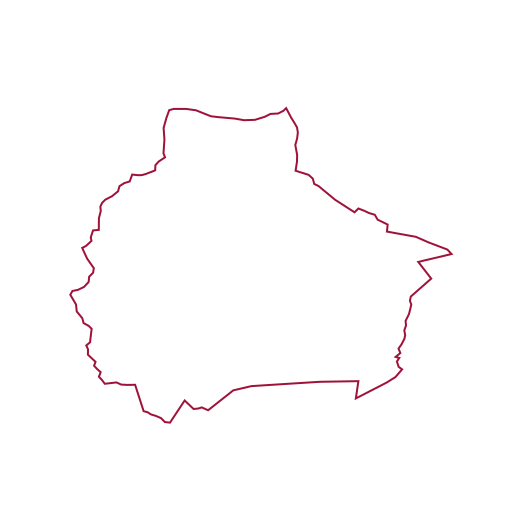 Acari, Rio Grande do Norte, Brazil (Mercator projection), rotated 255°
{"feature_id": "56859067B32204928658001", "entity_name": "Acari", "entity_type": "district", "adm_level": 2, "iso_a3": "BRA", "parent_name": "Brazil", "parent_adm1": "Rio Grande do Norte", "projection": "mercator", "projection_center": [-36.64, -6.424], "detail": "fine", "context": "isolated", "style": "outline", "palette": "rose", "viewbox_px": 512, "rotation_deg": 255, "n_neighbors": 0, "source": "geoboundaries", "source_scale": "gbopen_adm2", "svg_char_len": 1834}
<svg xmlns="http://www.w3.org/2000/svg" viewBox="0 0 512 512"><g transform="rotate(255 256 256)"><path d="M297.2,92.2L286.2,96.2L282.0,94.3L279.2,89.5L274.2,87.6L270.6,81.8L269.4,75.3L269.7,69.6L266.6,66.6L255.8,69.6L248.8,68.5L240.9,72.1L235.8,72.1L231.8,76.3L228.2,78.4L218.8,74.6L215.6,73.4L213.5,68.9L209.4,69.6L204.2,68.1L199.8,70.8L195.3,73.6L191.9,71.2L187.6,73.5L184.0,75.9L180.0,73.0L176.4,75.0L171.7,76.9L170.0,88.5L166.7,92.5L164.8,98.3L162.9,105.9L135.2,107.3L133.1,110.9L130.2,113.5L127.6,117.7L124.0,122.3L119.2,125.0L117.3,129.8L134.9,149.7L130.8,152.2L124.4,156.1L123.6,160.8L123.8,164.4L119.4,169.8L132.1,199.3L131.5,217.9L126.2,244.3L117.9,285.4L108.6,322.5L92.6,315.6L99.9,349.3L103.0,359.4L108.7,367.8L112.0,365.1L117.7,364.8L120.4,368.0L122.4,364.8L124.9,370.3L129.7,369.7L132.9,373.6L137.6,377.9L140.9,379.6L145.8,380.0L150.0,382.9L154.6,383.7L160.4,388.8L168.8,393.4L173.0,393.1L176.8,395.1L188.8,419.4L208.3,411.2L207.3,445.4L212.7,442.5L224.4,426.3L233.2,415.3L242.1,396.4L245.7,388.8L252.3,391.3L259.6,382.9L265.1,381.4L268.3,376.2L271.4,372.6L275.4,367.2L272.7,362.5L289.8,347.0L307.5,334.4L310.5,330.9L316.0,330.9L320.8,327.8L328.1,316.3L336.5,320.0L343.0,321.9L353.1,322.7L358.8,326.1L364.5,328.4L369.6,328.9L374.1,327.7L380.8,325.7L391.0,323.4L389.2,320.2L387.9,314.3L389.5,306.7L388.2,300.5L387.8,290.2L390.3,279.5L394.1,271.4L399.8,255.8L402.6,248.7L412.3,235.7L416.1,226.7L419.4,214.5L419.3,209.9L412.4,205.1L403.6,199.9L392.2,197.7L379.1,193.2L374.9,193.7L372.4,186.4L369.7,182.3L364.8,180.8L363.7,170.5L363.7,166.5L364.6,162.9L366.7,157.5L360.7,153.3L360.5,147.7L358.8,142.2L354.2,139.5L351.0,132.3L349.4,125.0L347.1,121.0L343.9,118.4L339.6,117.7L333.3,114.1L321.9,110.9L322.9,105.2L316.7,101.2L313.2,101.0L309.7,94.4L308.8,90.2L297.2,92.2Z" fill="none" stroke="#9f1239" stroke-width="2"/></g></svg>